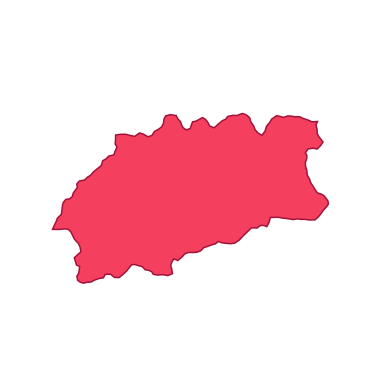 outline of Guiricema, Minas Gerais, Brazil, rotated 238°
{"feature_id": "56859067B41378341459748", "entity_name": "Guiricema", "entity_type": "district", "adm_level": 2, "iso_a3": "BRA", "parent_name": "Brazil", "parent_adm1": "Minas Gerais", "projection": "robinson", "projection_center": [-42.701, -21.017], "detail": "fine", "context": "isolated", "style": "filled", "palette": "rose", "viewbox_px": 384, "rotation_deg": 238, "n_neighbors": 0, "source": "geoboundaries", "source_scale": "gbopen_adm2", "svg_char_len": 2630}
<svg xmlns="http://www.w3.org/2000/svg" viewBox="0 0 384 384"><g transform="rotate(238 192 192)"><path d="M172.3,51.5L171.0,55.1L169.2,58.7L168.9,63.0L167.8,67.5L166.2,71.3L168.1,74.9L165.5,79.3L160.6,81.0L158.1,84.7L158.7,90.0L159.6,94.5L161.0,98.5L162.3,102.1L160.9,105.0L158.2,107.3L155.0,110.3L150.8,111.1L148.6,113.8L145.6,115.6L142.6,115.6L139.8,118.8L137.5,123.2L133.9,127.3L133.1,132.2L137.5,134.0L141.0,135.0L143.2,137.7L144.9,141.1L141.4,143.7L142.2,149.3L143.3,152.9L142.7,156.8L140.6,160.1L138.6,163.5L137.5,167.8L138.6,172.5L137.5,176.8L136.7,181.0L135.6,184.4L136.1,188.0L133.0,190.5L130.1,194.1L127.6,197.5L126.0,201.3L126.2,206.7L127.7,212.1L128.7,217.0L130.1,223.4L126.9,228.3L127.4,232.1L125.7,235.0L123.0,237.1L125.4,241.3L128.9,244.9L126.9,248.3L124.9,251.7L122.2,254.6L120.2,257.1L117.8,260.0L114.9,263.4L113.2,267.4L111.0,269.9L109.3,272.8L105.9,277.0L103.2,281.6L103.7,285.0L104.9,289.0L107.1,294.2L108.2,298.5L109.6,301.4L112.3,302.5L115.5,302.4L119.1,301.9L121.7,300.5L124.9,297.8L129.7,297.7L133.6,297.7L137.2,297.6L140.5,298.5L145.3,298.7L149.2,300.7L153.6,301.9L157.0,303.8L159.3,306.8L162.1,308.8L165.2,309.0L167.0,313.2L165.0,317.9L162.1,320.9L163.2,325.6L165.0,329.6L168.4,329.3L171.3,328.9L175.3,329.2L178.5,331.1L183.2,332.7L185.3,335.8L188.0,330.9L192.3,328.0L195.1,325.5L198.9,323.1L201.6,318.7L203.7,316.5L205.8,313.4L206.9,309.0L209.6,306.6L211.9,304.1L211.6,298.2L209.5,294.0L208.4,290.2L205.0,286.2L203.0,281.4L206.9,279.3L211.3,278.5L215.3,279.3L220.6,279.1L224.5,280.3L228.7,278.9L231.9,276.4L233.1,270.6L235.3,267.4L237.1,262.5L235.9,259.1L236.4,255.5L235.7,250.4L234.7,244.9L238.5,242.0L243.1,242.4L246.8,241.8L249.6,240.3L249.8,236.6L250.0,233.0L251.2,229.7L249.3,227.1L246.8,224.2L247.7,220.1L251.0,218.6L254.0,218.6L257.7,219.6L261.5,218.7L265.2,219.1L269.1,214.7L270.5,210.1L268.8,207.0L265.5,204.3L263.2,200.6L263.0,196.8L263.2,192.1L261.2,188.0L262.1,184.0L266.8,181.5L269.9,178.8L269.5,173.0L272.9,169.4L276.1,166.4L278.8,162.0L280.8,157.4L276.6,154.7L273.5,152.3L269.9,152.2L267.5,148.6L264.9,145.3L266.6,140.4L265.7,136.9L265.8,132.9L262.4,128.8L261.9,123.5L261.2,118.7L259.9,114.8L260.0,111.5L259.1,107.2L261.0,102.4L259.8,98.5L256.6,97.2L255.3,93.8L254.0,90.6L251.6,88.2L251.1,84.6L252.6,81.0L251.5,77.8L249.6,75.3L246.3,72.7L242.3,69.4L241.1,63.9L239.1,61.4L236.7,57.6L234.2,53.9L230.7,59.4L228.2,64.5L225.9,67.3L222.3,68.1L218.9,67.8L215.0,67.3L211.6,67.7L208.5,68.4L204.4,67.8L200.2,66.1L199.4,61.6L198.6,57.3L195.1,56.4L191.2,55.3L188.5,57.3L185.5,54.9L183.0,52.7L181.6,49.7L177.7,48.2L174.6,49.5L172.3,51.5Z" fill="#f43f5e" stroke="#9f1239" stroke-width="1.5"/></g></svg>